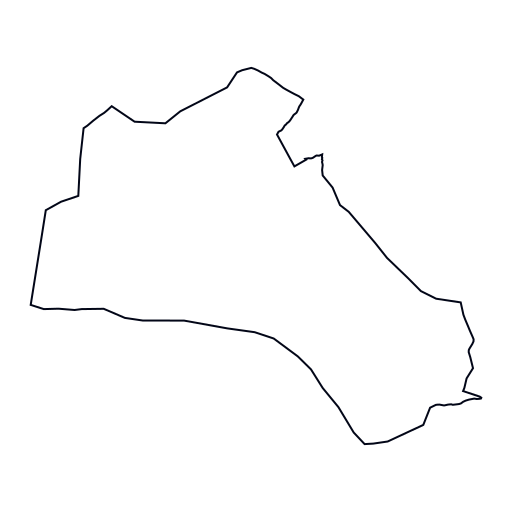 Oguta, Imo, Nigeria (Mercator projection)
{"feature_id": "59680162B16893313163973", "entity_name": "Oguta", "entity_type": "district", "adm_level": 2, "iso_a3": "NGA", "parent_name": "Nigeria", "parent_adm1": "Imo", "projection": "mercator", "projection_center": [6.853, 5.658], "detail": "fine", "context": "isolated", "style": "outline", "palette": "ink", "viewbox_px": 512, "rotation_deg": 0, "n_neighbors": 0, "source": "geoboundaries", "source_scale": "gbopen_adm2", "svg_char_len": 1943}
<svg xmlns="http://www.w3.org/2000/svg" viewBox="0 0 512 512"><path d="M481.0,398.5L481.3,397.7L479.7,396.6L463.1,391.1L464.4,387.8L466.6,378.4L473.0,368.2L470.3,357.3L468.7,352.1L468.8,350.1L469.4,348.7L472.3,344.0L473.5,341.4L473.6,339.3L472.8,337.3L469.8,330.5L468.2,326.6L465.2,319.5L463.4,314.7L460.7,302.4L436.1,298.7L420.9,291.1L408.0,278.1L397.6,268.1L387.0,257.9L375.2,243.0L348.7,211.8L340.0,205.1L332.6,187.6L322.7,175.5L322.1,170.0L322.7,165.1L322.4,163.4L322.0,162.0L322.5,160.3L321.9,159.2L322.3,157.9L321.9,157.1L322.2,154.4L319.1,155.7L316.6,155.5L315.7,155.9L312.9,157.8L311.5,158.3L310.0,158.4L308.8,158.2L305.3,158.8L306.1,159.7L294.4,166.4L290.6,159.5L277.0,134.5L277.3,134.0L278.0,132.7L278.5,131.8L279.2,131.4L280.1,131.0L280.4,130.8L280.8,130.7L281.4,130.3L281.9,129.8L282.6,128.9L283.8,127.1L284.7,125.5L286.0,124.5L287.1,123.1L288.2,122.4L289.3,121.4L290.3,120.1L292.6,116.6L293.5,115.1L294.3,114.4L295.0,113.9L295.8,113.3L296.5,112.7L296.8,112.2L297.4,111.0L298.0,109.8L298.6,108.1L299.3,106.4L300.3,105.0L301.2,103.5L303.3,99.6L298.8,96.2L294.5,94.1L291.3,92.4L286.0,89.5L283.1,87.8L277.7,83.6L273.2,80.2L271.2,78.1L268.7,76.4L264.6,73.9L261.7,72.6L258.0,70.5L254.2,68.8L251.3,67.9L242.2,70.2L237.0,72.4L227.1,87.4L180.3,111.3L165.4,123.3L134.6,121.7L111.7,106.2L107.1,110.4L104.1,112.9L99.5,115.8L93.2,120.7L87.3,125.7L83.6,128.2L80.2,159.0L78.3,195.9L61.1,201.7L45.8,210.2L41.5,237.5L30.7,304.9L43.8,309.1L58.5,308.7L74.6,310.0L81.6,309.1L103.7,308.8L124.9,317.9L142.6,320.5L184.1,320.6L227.4,328.4L254.7,332.2L273.7,338.5L297.8,356.4L311.0,369.4L322.7,388.0L338.4,407.1L353.7,432.5L364.6,444.1L373.3,443.6L387.7,441.5L423.3,424.9L430.1,407.7L435.8,404.9L437.2,404.7L439.5,404.6L443.7,405.4L444.5,405.4L448.0,404.6L451.2,404.3L452.8,404.8L457.8,404.2L459.2,404.0L461.0,403.4L463.1,401.8L465.7,400.6L469.0,399.6L474.2,398.6L476.7,399.0L479.5,398.8L481.0,398.5Z" fill="none" stroke="#020617" stroke-width="2"/></svg>